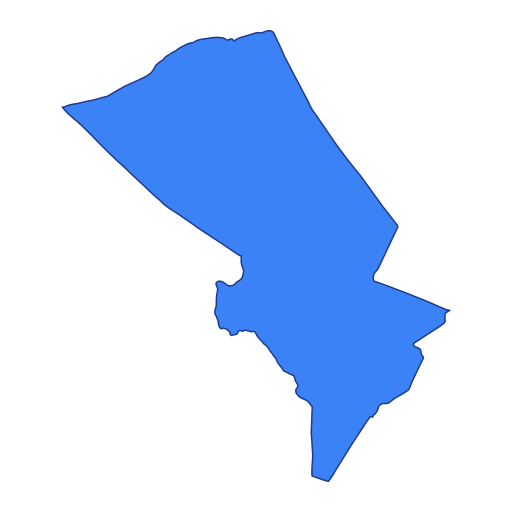 Vinh Hung, Long An, Vietnam (orthographic projection)
{"feature_id": "81297802B51272444346298", "entity_name": "Vinh Hung", "entity_type": "district", "adm_level": 2, "iso_a3": "VNM", "parent_name": "Vietnam", "parent_adm1": "Long An", "projection": "orthographic", "projection_center": [105.784, 10.881], "detail": "fine", "context": "isolated", "style": "filled", "palette": "blue", "viewbox_px": 512, "rotation_deg": 0, "n_neighbors": 0, "source": "geoboundaries", "source_scale": "gbopen_adm2", "svg_char_len": 6004}
<svg xmlns="http://www.w3.org/2000/svg" viewBox="0 0 512 512"><path d="M449.5,310.4L446.6,309.7L443.3,308.4L437.8,306.1L433.2,304.0L428.9,302.2L424.5,300.3L418.1,297.8L408.9,294.1L403.4,292.0L396.8,289.5L388.2,286.2L379.4,283.0L374.3,281.2L373.9,280.9L373.7,280.4L373.4,279.5L373.2,277.9L373.3,276.2L373.7,274.8L374.5,273.0L376.1,271.2L377.8,269.1L379.0,266.8L382.0,260.4L385.7,252.6L390.9,241.5L395.7,231.4L397.0,228.8L397.5,227.5L397.7,227.0L397.7,226.5L397.6,225.9L397.3,225.2L385.5,210.0L383.0,206.9L371.9,191.5L360.6,175.9L348.8,161.3L337.5,146.3L327.2,131.4L316.9,116.3L312.1,109.6L310.0,105.7L307.9,101.0L299.9,85.9L291.7,70.4L284.0,55.4L282.7,52.4L280.7,47.7L277.1,40.2L274.6,34.6L273.6,32.8L272.6,31.7L271.2,31.0L270.3,30.8L269.1,30.7L267.4,30.8L265.8,31.3L262.7,32.5L261.3,32.8L260.2,32.8L258.8,32.7L257.3,32.7L256.0,32.9L253.7,33.6L248.5,35.2L242.6,36.9L237.9,38.5L236.1,39.6L235.1,40.3L234.7,40.8L234.3,41.0L233.9,41.0L233.4,40.6L232.9,39.7L232.4,39.2L231.9,39.0L231.3,39.0L230.6,39.0L229.7,39.2L229.0,39.5L228.3,39.9L228.0,40.0L227.4,40.1L226.6,39.9L225.6,39.2L224.4,38.5L222.7,37.9L217.8,37.4L214.3,37.5L210.7,37.9L206.2,38.6L201.5,39.3L198.5,40.0L196.8,40.5L195.5,41.2L194.5,41.9L193.2,42.5L191.8,42.8L189.6,43.2L188.1,43.7L184.2,45.6L180.8,47.3L179.3,48.2L177.7,49.2L175.8,50.7L174.0,51.7L171.8,52.8L170.0,54.2L167.3,55.7L166.0,56.6L162.6,60.2L160.4,61.6L158.5,62.9L157.0,64.2L156.0,65.2L154.7,67.1L153.8,69.1L152.1,71.7L150.8,73.1L148.0,75.2L144.1,77.4L132.9,82.6L124.8,86.2L119.9,89.0L115.2,91.6L110.5,94.5L108.0,96.0L105.8,96.7L102.8,97.4L94.3,99.8L84.7,101.8L80.3,102.9L75.0,103.9L71.5,104.5L69.4,105.0L67.0,105.9L64.4,106.8L62.5,107.2L63.6,108.7L65.1,110.5L68.1,113.6L73.4,118.3L76.8,121.2L82.2,126.0L85.1,128.9L92.8,136.6L100.3,144.3L108.0,152.0L116.2,159.8L124.6,167.5L132.7,175.3L141.0,183.0L148.6,190.2L156.1,197.2L158.5,199.1L162.0,202.3L164.1,204.5L168.8,208.0L175.5,212.3L186.8,220.0L189.6,221.9L198.3,228.1L201.1,230.0L213.2,238.0L222.0,243.7L227.3,247.3L233.0,251.2L235.3,252.7L238.3,254.7L239.8,255.6L240.5,255.8L241.3,256.0L241.2,256.2L241.2,258.9L241.2,261.1L241.4,263.8L242.2,266.4L242.7,267.7L243.2,269.2L243.5,270.1L243.6,271.0L243.5,272.2L243.1,274.0L242.9,275.4L242.6,276.7L241.6,278.4L240.6,279.5L238.9,280.8L237.3,281.7L236.4,282.4L235.1,283.8L233.5,285.1L232.7,285.4L231.4,285.7L230.1,285.7L228.8,285.7L227.9,285.4L227.0,285.0L226.1,284.4L225.0,283.5L224.2,282.8L223.2,282.2L221.8,281.6L220.3,281.2L219.2,281.2L217.9,281.5L217.1,282.0L216.4,282.6L216.2,282.9L216.1,283.4L216.1,283.9L216.2,284.7L216.3,285.2L216.5,285.7L216.7,286.2L217.1,287.2L217.4,287.9L217.6,288.7L217.5,290.2L217.4,291.8L216.7,294.6L216.6,296.2L216.4,298.3L216.3,300.8L216.3,302.9L216.3,304.6L216.2,306.3L215.5,308.3L215.1,309.7L214.9,310.9L214.9,311.8L214.9,312.4L215.0,313.6L215.1,314.2L215.3,314.6L215.9,315.5L216.4,316.3L216.8,317.6L217.0,318.1L217.6,319.7L217.9,320.4L218.2,321.3L218.3,322.2L218.5,323.9L218.8,325.4L219.3,326.6L219.8,327.6L220.4,328.3L221.1,328.6L221.4,328.7L221.7,328.7L222.1,328.7L222.3,328.6L222.7,328.4L223.0,328.2L223.6,328.1L224.0,328.2L224.8,328.5L225.7,328.8L226.9,329.5L228.1,330.4L228.8,331.1L229.4,331.8L229.7,332.4L230.2,334.1L230.5,334.8L230.7,335.0L231.0,335.3L231.4,335.4L231.9,335.3L233.0,335.0L234.5,334.7L236.1,334.3L236.7,334.1L237.3,333.6L237.8,332.7L238.5,331.4L238.8,330.9L239.1,330.7L239.4,330.5L239.8,330.5L240.2,330.5L240.6,330.6L241.2,330.8L241.9,331.1L242.5,331.2L243.0,331.1L243.5,331.0L244.3,330.5L244.8,330.2L245.3,330.2L245.8,330.3L246.5,330.4L247.4,330.7L248.0,330.7L248.5,330.9L249.1,331.1L249.8,331.4L250.7,331.7L251.4,331.7L251.8,331.6L252.9,331.4L253.6,331.4L254.2,331.7L254.7,332.1L255.3,332.5L255.8,333.3L256.2,334.2L256.8,335.4L257.6,336.7L258.8,337.9L259.6,338.8L260.2,339.7L260.9,340.5L261.9,341.3L262.4,342.1L263.2,343.2L264.2,344.1L265.1,344.8L266.0,345.4L266.9,346.3L267.8,347.3L268.8,348.7L269.5,350.3L270.3,351.3L271.3,352.5L272.5,354.1L273.7,355.9L275.0,357.6L275.8,358.5L276.2,359.2L276.5,360.0L276.7,360.7L277.2,361.7L278.4,363.7L279.4,364.9L280.3,366.1L281.0,366.8L281.4,367.4L282.1,368.4L282.9,369.9L283.8,370.9L284.4,371.2L285.1,371.5L285.8,371.8L286.6,372.2L288.5,373.3L289.7,374.0L291.1,374.5L292.3,375.0L293.3,375.5L293.8,376.0L294.5,377.6L295.1,379.8L295.7,381.4L296.7,382.9L297.4,384.1L297.7,385.3L297.7,386.3L297.5,387.2L296.7,388.4L295.9,389.7L295.8,390.9L295.9,391.9L296.1,392.9L297.3,394.6L298.9,396.4L299.9,397.2L301.7,398.1L305.0,399.7L307.3,400.9L309.1,402.8L311.0,405.3L312.3,407.3L312.0,412.9L311.6,424.3L311.2,432.5L311.9,441.4L312.2,446.8L312.8,456.0L312.7,456.7L312.0,467.7L311.9,472.2L312.0,475.7L312.1,476.0L320.7,479.0L323.9,480.1L326.5,480.9L328.5,481.3L332.1,476.3L335.8,470.0L340.9,461.8L346.2,453.3L351.4,444.9L362.3,428.3L363.4,426.7L364.1,425.6L364.6,424.6L366.4,422.0L367.6,420.3L369.0,418.4L369.7,417.4L369.9,417.1L370.2,416.9L370.5,416.8L371.4,416.9L371.9,417.0L372.3,417.0L372.5,417.0L372.8,416.9L373.0,416.6L373.0,416.3L373.1,415.9L373.1,415.6L373.3,415.3L373.6,415.0L373.9,414.7L374.9,414.1L375.8,413.1L376.5,412.1L377.5,410.1L377.9,408.9L378.5,407.3L379.1,405.9L379.4,405.5L380.1,404.9L381.0,404.4L382.4,403.7L383.3,403.5L384.3,403.6L385.8,403.6L387.2,403.4L388.2,403.1L388.7,402.9L389.6,402.3L390.4,401.6L391.2,401.0L391.8,400.6L392.8,399.7L393.9,398.9L396.0,397.6L404.6,392.6L407.4,390.7L408.3,390.1L408.8,389.4L409.4,388.3L410.7,385.0L411.9,382.1L415.3,374.8L418.8,367.5L422.0,360.9L422.9,359.2L423.3,358.3L423.4,358.0L423.4,357.5L423.4,357.4L423.3,357.0L422.9,356.4L422.3,355.7L421.8,354.9L421.4,354.1L421.2,353.0L420.9,351.2L420.5,350.0L420.2,349.3L419.6,348.8L418.5,348.1L416.8,347.3L415.3,346.8L414.6,346.4L414.1,345.8L413.5,345.1L413.4,344.5L413.4,344.1L413.7,343.6L414.8,342.6L418.4,340.3L428.8,333.5L438.8,327.0L441.4,325.2L443.4,323.7L444.2,323.0L444.9,321.9L445.2,321.1L445.2,320.3L444.8,318.7L444.8,317.8L445.1,317.0L445.1,315.8L445.0,314.7L445.0,313.8L445.2,313.3L445.7,312.8L446.9,312.1L448.4,311.2L449.5,310.4Z" fill="#3b82f6" stroke="#1e3a8a" stroke-width="1.5"/></svg>